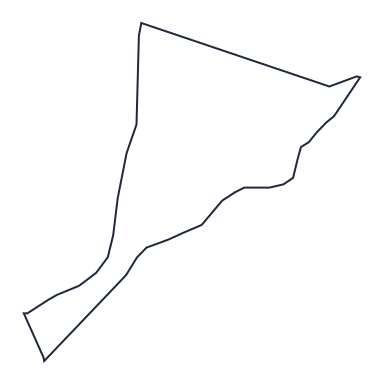 outline of Zenon, Soufrière, Saint Lucia
{"feature_id": "8701671B14942759406503", "entity_name": "Zenon", "entity_type": "district", "adm_level": 2, "iso_a3": "LCA", "parent_name": "Saint Lucia", "parent_adm1": "Soufrière", "projection": "orthographic", "projection_center": [-61.034, 13.859], "detail": "fine", "context": "isolated", "style": "outline", "palette": "slate", "viewbox_px": 384, "rotation_deg": 0, "n_neighbors": 0, "source": "geoboundaries", "source_scale": "gbopen_adm2", "svg_char_len": 557}
<svg xmlns="http://www.w3.org/2000/svg" viewBox="0 0 384 384"><path d="M141.3,23.0L138.9,35.6L136.5,124.5L126.6,153.1L117.7,198.2L113.2,235.1L107.8,257.2L96.2,272.8L79.2,285.7L56.9,294.9L48.8,299.5L27.4,313.3L23.8,313.3L43.4,357.2L44.2,361.0L126.0,275.2L137.0,257.4L146.5,247.6L168.6,239.5L182.8,233.0L201.7,224.9L222.2,200.6L234.8,192.4L244.2,187.6L269.5,187.6L283.6,184.3L293.1,177.8L297.8,158.4L301.0,147.0L308.9,142.1L316.7,132.4L326.2,122.6L334.1,116.1L360.2,77.3L356.6,76.4L329.3,86.5L141.3,23.0Z" fill="none" stroke="#1e293b" stroke-width="2"/></svg>